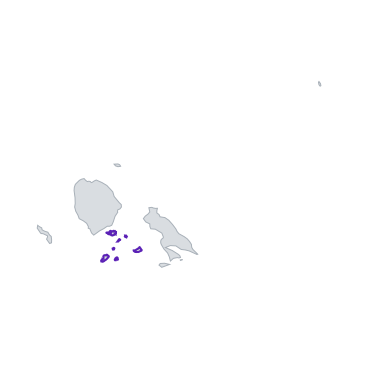 Lomaiviti, Eastern, Fiji (highlighted), rotated 70°
{"feature_id": "14151628B20319301670654", "entity_name": "Lomaiviti", "entity_type": "district", "adm_level": 2, "iso_a3": "FJI", "parent_name": "Fiji", "parent_adm1": "Eastern", "projection": "natural_earth1", "projection_center": [179.092, -17.678], "detail": "fine", "context": "in_parent", "style": "outline", "palette": "violet", "viewbox_px": 384, "rotation_deg": 70, "n_neighbors": 0, "source": "geoboundaries", "source_scale": "gbopen_adm2", "svg_char_len": 6705}
<svg xmlns="http://www.w3.org/2000/svg" viewBox="0 0 384 384"><g transform="rotate(70 192 192)"><path d="M183.3,265.6L183.3,267.7L184.5,268.6L185.6,268.7L188.6,272.7L193.1,276.2L195.8,278.8L196.0,281.0L195.2,283.4L196.3,287.7L196.9,292.1L198.9,299.1L196.1,300.4L191.6,300.6L190.6,301.9L189.1,301.2L185.4,301.7L181.9,304.0L178.5,307.1L174.7,307.1L170.3,307.8L166.0,307.4L162.9,305.7L157.5,303.9L150.3,302.3L147.4,301.0L144.9,299.0L142.5,293.8L142.2,291.3L142.5,288.8L144.6,288.0L146.4,286.8L146.6,285.2L147.4,284.0L148.4,283.6L148.9,282.9L148.2,280.2L148.0,277.9L152.2,273.5L156.7,269.8L164.7,266.4L169.6,266.7L177.2,264.0L179.6,262.8L182.0,263.5L183.3,265.6ZM252.4,208.7L246.3,214.9L244.1,218.2L242.3,221.8L237.1,225.6L234.9,230.8L235.1,236.0L240.2,230.6L246.0,226.1L247.8,225.2L249.6,225.2L249.5,226.8L248.6,228.3L248.0,232.2L249.5,235.9L245.2,235.5L240.9,235.8L235.9,237.9L230.9,238.8L229.1,238.8L227.3,238.1L226.1,237.1L225.2,234.6L224.3,234.3L220.3,234.4L214.4,239.2L212.5,243.3L210.2,243.4L207.5,242.6L204.3,245.7L200.4,246.8L198.7,244.2L197.7,240.9L196.3,238.5L192.0,237.9L192.7,235.0L193.8,233.8L194.8,232.1L195.5,230.1L197.5,231.4L199.6,232.2L201.9,230.7L204.4,230.5L206.8,226.2L210.6,223.5L215.9,221.4L221.2,219.8L224.0,219.5L226.7,218.6L231.3,214.6L234.4,212.5L237.8,211.2L241.0,210.5L243.9,211.2L246.3,210.8L252.4,207.9L252.4,208.7ZM191.7,341.4L191.7,343.4L186.6,344.8L184.8,343.1L183.7,342.8L180.6,345.8L179.8,347.0L179.5,347.9L178.7,348.4L173.0,349.8L170.5,348.4L172.2,347.4L174.3,345.5L176.3,345.8L178.4,343.9L180.5,341.2L183.5,340.6L185.6,339.5L189.0,340.3L191.7,341.4ZM252.4,246.2L249.4,248.0L248.3,246.3L249.6,242.1L252.4,237.8L252.4,241.3L252.4,246.2ZM226.2,300.1L225.9,300.5L222.4,296.7L222.5,295.2L223.1,293.9L224.5,292.6L225.8,294.8L226.8,298.4L226.2,300.1ZM205.3,282.5L203.2,283.3L202.1,280.4L203.7,277.5L205.4,277.3L206.3,280.2L205.3,282.5ZM229.2,265.3L227.8,266.6L227.2,260.1L228.6,260.1L229.6,260.8L230.2,262.5L229.2,265.3ZM141.3,254.9L139.2,255.7L140.3,252.0L141.5,250.8L142.2,250.5L143.4,250.3L142.9,252.9L141.3,254.9ZM136.2,35.5L134.6,36.0L132.1,35.6L131.6,34.9L132.4,34.7L134.0,34.2L136.1,34.5L136.4,34.9L136.2,35.5ZM252.4,226.2L251.9,226.3L251.8,225.4L252.4,223.8L252.4,226.2Z" fill="#d9dde1" stroke="#a8b0b8" stroke-width="1"/><path d="M224.5,292.5L224.1,292.2L223.9,292.2L223.4,292.3L222.7,292.9L222.7,293.1L222.5,293.3L222.4,293.3L222.0,293.2L221.9,293.3L221.8,293.5L222.0,293.7L222.2,294.1L222.1,294.4L222.1,294.6L221.8,294.8L221.6,295.1L221.5,295.4L221.6,296.0L221.5,296.6L221.7,296.9L221.9,297.1L222.2,297.4L223.6,297.6L223.9,297.8L224.0,297.8L224.1,298.0L224.3,298.1L224.5,298.5L224.5,298.8L224.6,299.2L224.4,299.3L224.7,299.5L224.9,300.0L225.1,300.3L225.2,300.7L225.3,300.7L225.9,300.9L226.2,301.0L226.3,300.8L226.4,300.7L226.6,300.5L226.7,300.4L226.8,300.1L227.0,299.8L227.0,299.2L226.9,299.0L226.8,298.9L226.9,298.7L226.9,298.4L226.8,298.2L226.6,298.0L226.6,297.9L226.6,297.5L226.5,297.3L226.3,297.2L226.4,296.9L226.3,296.6L226.3,296.3L226.3,296.2L226.2,296.0L226.1,295.8L225.9,295.4L225.9,295.1L225.6,294.7L225.4,294.5L225.3,294.1L225.2,293.9L225.1,293.6L224.9,293.3L224.9,293.2L224.6,292.9L224.5,292.5ZM229.7,259.4L229.5,259.2L229.2,259.1L228.9,259.2L228.7,259.3L228.7,259.5L228.2,259.5L227.9,259.5L227.5,259.6L227.0,259.7L226.5,260.1L226.3,260.1L226.0,260.1L225.9,260.1L225.9,260.3L226.0,260.5L226.6,261.4L226.7,261.6L226.6,261.9L226.8,262.5L227.0,262.9L226.9,263.6L227.1,264.2L227.2,264.3L227.2,264.5L227.3,264.7L227.3,265.0L227.3,265.3L227.3,265.7L227.1,266.1L227.1,266.4L226.9,266.8L227.1,266.9L227.4,266.9L227.9,266.7L228.3,266.4L228.7,266.1L229.0,265.8L229.2,265.1L229.5,264.6L229.5,264.2L230.0,263.2L230.0,262.9L230.0,262.3L230.0,262.2L230.0,261.9L229.9,261.3L229.9,260.4L229.9,260.0L229.8,259.5L229.7,259.4ZM203.9,277.2L203.9,277.3L203.7,277.3L203.4,277.2L203.2,277.4L202.8,277.5L202.7,277.6L202.6,277.8L202.4,277.8L202.4,278.0L202.5,278.1L202.4,278.2L202.4,278.3L202.2,278.3L201.9,278.5L201.7,278.7L201.6,279.2L201.6,279.6L201.8,280.1L201.8,280.4L201.9,280.6L202.0,281.6L202.3,282.0L202.2,282.1L202.4,282.3L202.5,282.6L202.7,282.8L202.8,282.7L202.9,282.9L203.0,283.0L202.7,283.1L202.8,283.3L202.9,283.5L203.0,283.5L203.2,283.3L203.3,283.2L203.8,283.0L203.8,282.9L203.9,282.5L204.1,282.4L204.2,282.5L204.3,282.7L204.5,282.9L205.0,282.7L205.2,282.4L205.2,282.2L205.6,281.9L205.7,281.7L205.6,281.0L205.7,280.7L205.7,280.4L205.6,280.0L205.5,279.9L205.5,279.6L205.4,279.3L205.3,279.1L205.3,278.8L205.2,278.8L205.3,278.7L205.2,278.7L205.0,278.4L205.0,278.2L204.9,278.2L204.8,277.9L204.9,277.6L204.6,277.5L204.4,277.4L203.9,277.2ZM229.5,284.6L229.1,284.5L228.3,284.8L228.2,284.8L228.1,284.6L227.9,284.7L227.9,284.8L227.8,285.0L227.7,285.1L227.7,285.3L227.7,285.5L227.9,285.9L228.0,286.0L228.1,285.9L228.3,286.2L228.2,286.4L228.1,286.6L228.3,286.9L228.6,287.0L228.8,287.3L229.0,287.6L229.3,287.8L229.5,287.8L229.8,287.7L230.0,287.2L230.1,286.9L229.9,286.7L229.7,286.5L229.6,286.3L229.5,286.0L229.6,285.8L229.5,285.7L229.4,285.6L229.5,285.3L230.0,285.0L230.2,284.9L230.1,284.7L229.7,284.7L229.5,284.6ZM202.6,285.3L202.8,285.2L203.1,284.8L203.1,284.4L202.8,284.2L202.6,284.1L202.2,283.7L202.0,283.3L201.7,283.2L201.2,282.3L200.9,281.5L200.6,281.9L200.6,282.2L200.9,282.9L201.1,283.2L201.3,283.5L201.4,283.8L201.5,284.4L201.7,284.8L202.3,285.1L202.5,285.3L202.6,285.3ZM212.4,276.2L212.2,276.0L212.1,275.9L211.9,276.1L211.7,276.2L211.4,276.4L211.4,276.6L211.7,277.1L211.8,277.4L212.0,277.5L212.4,277.8L212.6,277.9L212.6,278.0L212.8,278.1L212.6,278.3L212.7,278.5L212.8,278.7L213.0,278.7L213.1,278.9L213.2,278.6L213.0,278.4L213.1,278.2L212.9,278.1L212.8,277.9L212.8,277.6L212.7,277.6L212.7,277.4L212.7,277.2L212.6,276.9L212.5,276.7L212.5,276.4L212.5,276.2L212.4,276.2ZM218.3,284.2L218.1,284.3L217.9,284.4L217.7,284.6L217.7,284.8L217.8,285.0L218.0,285.1L218.1,285.3L218.0,285.5L217.9,285.5L217.9,285.9L218.1,286.0L218.3,285.9L218.4,286.0L218.5,286.0L218.6,285.7L218.4,285.5L218.3,285.4L218.5,285.3L218.6,285.5L218.6,285.8L218.9,286.0L219.0,286.0L219.1,285.7L219.3,285.4L219.3,285.0L219.0,284.8L218.9,284.6L218.7,284.4L218.3,284.2ZM211.8,268.7L211.6,268.5L211.4,268.7L211.2,268.7L211.2,268.9L210.5,268.9L210.5,269.2L210.4,269.4L210.2,269.4L210.1,269.6L210.3,269.6L210.3,269.9L210.6,270.0L210.8,270.3L211.1,270.2L211.3,270.2L211.5,270.1L211.6,269.8L211.8,269.6L211.8,269.4L211.9,269.1L211.7,269.0L212.0,268.9L211.9,268.8L211.8,268.7ZM203.4,284.4L203.5,284.3L203.6,284.2L203.6,283.9L203.2,283.8L203.1,284.0L203.2,284.3L203.4,284.4ZM201.1,286.4L201.3,286.3L201.3,286.2L201.1,286.0L200.9,286.2L200.9,286.3L201.0,286.4L201.1,286.4ZM201.4,285.4L201.5,285.3L201.5,285.2L201.4,285.1L201.2,285.3L201.3,285.4L201.4,285.4Z" fill="none" stroke="#5b21b6" stroke-width="2"/></g></svg>